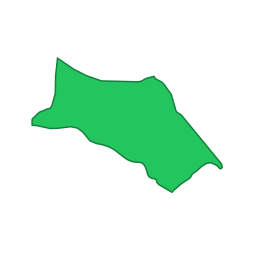 the border of Ntcheu, rotated 308°
{"feature_id": "MWI-1912", "entity_name": "Ntcheu", "entity_type": "District", "adm_level": 1, "iso_a3": "MWI", "parent_name": "Malawi", "parent_adm1": "", "projection": "orthographic", "projection_center": [34.67, -14.815], "detail": "fine", "context": "isolated", "style": "filled", "palette": "green", "viewbox_px": 256, "rotation_deg": 308, "n_neighbors": 0, "source": "natural_earth", "source_scale": "10m", "svg_char_len": 1188}
<svg xmlns="http://www.w3.org/2000/svg" viewBox="0 0 256 256"><g transform="rotate(308 128 128)"><path d="M104.4,202.2L102.4,187.4L102.9,184.2L104.6,182.1L104.1,179.9L102.9,177.5L102.5,174.7L103.6,172.0L107.4,166.7L108.7,163.9L109.1,160.6L107.7,157.7L105.7,154.8L104.0,151.8L102.9,147.9L102.5,144.7L102.4,130.5L101.4,124.4L99.4,118.8L96.3,112.6L94.5,106.0L97.0,94.5L96.8,88.1L93.7,82.0L84.0,72.3L79.7,67.0L73.6,54.4L71.1,50.8L73.4,48.9L75.4,47.4L76.2,47.1L77.3,47.1L81.7,47.9L84.5,48.2L86.1,48.6L87.4,49.2L88.5,50.1L89.8,50.9L92.9,52.3L95.1,54.3L97.0,54.5L99.9,53.8L110.5,49.4L124.6,38.8L139.6,29.5L140.9,49.0L143.5,62.5L148.7,78.0L170.3,107.1L172.7,109.4L178.4,111.9L184.7,116.6L183.7,119.0L184.1,121.8L184.8,125.0L184.9,126.9L184.6,129.4L181.4,140.4L180.6,142.1L171.1,155.2L170.6,156.6L170.4,157.4L170.9,159.2L171.0,160.6L171.0,162.2L157.2,224.0L155.1,226.4L154.2,226.5L153.0,226.2L152.6,225.5L152.6,224.6L153.0,222.6L153.1,221.5L152.9,219.6L152.5,217.4L151.6,214.7L150.1,213.1L148.6,211.8L146.3,210.8L143.6,209.9L136.2,208.5L133.6,207.6L132.1,207.2L130.7,207.1L127.6,207.6L126.8,207.6L115.8,204.1L107.0,202.4L104.4,202.2Z" fill="#22c55e" stroke="#15803d" stroke-width="1.5"/></g></svg>